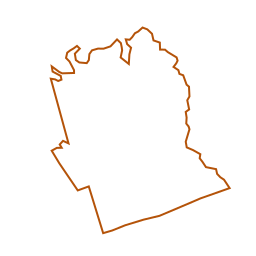 the district of Nova Bassano, Rio Grande do Sul, Brazil, rotated 73°
{"feature_id": "56859067B37994166277971", "entity_name": "Nova Bassano", "entity_type": "district", "adm_level": 2, "iso_a3": "BRA", "parent_name": "Brazil", "parent_adm1": "Rio Grande do Sul", "projection": "natural_earth1", "projection_center": [-51.791, -28.727], "detail": "fine", "context": "isolated", "style": "outline", "palette": "amber", "viewbox_px": 256, "rotation_deg": 73, "n_neighbors": 0, "source": "geoboundaries", "source_scale": "gbopen_adm2", "svg_char_len": 1228}
<svg xmlns="http://www.w3.org/2000/svg" viewBox="0 0 256 256"><g transform="rotate(73 128 128)"><path d="M58.3,187.4L125.3,189.4L121.3,193.9L123.8,198.1L127.5,197.2L126.2,201.9L127.4,207.6L141.7,204.0L173.0,194.3L172.4,182.6L221.3,182.5L221.4,173.1L220.2,159.2L220.2,139.9L221.2,123.6L217.5,88.2L216.5,79.2L215.2,48.4L205.5,51.3L202.1,54.1L197.9,56.2L193.1,55.8L188.2,64.9L182.1,66.7L177.9,68.3L174.2,66.5L168.1,72.3L163.7,77.5L158.0,76.8L152.9,73.4L147.2,69.6L144.3,69.6L140.8,71.0L135.2,68.9L129.5,68.1L128.1,64.1L118.8,63.2L115.8,60.0L106.3,57.6L103.7,59.3L93.7,59.8L91.3,63.0L87.4,62.9L82.9,66.6L80.3,63.0L78.1,60.9L74.7,60.9L67.1,67.7L63.9,69.7L62.4,74.4L55.6,72.6L51.7,78.0L44.9,77.5L39.3,80.7L36.2,84.7L38.7,90.0L39.4,93.7L42.4,97.5L44.1,100.6L42.6,104.2L47.5,104.3L52.1,101.6L57.9,105.1L67.0,108.5L58.4,114.4L52.0,110.9L49.0,110.4L44.7,110.0L40.1,112.6L44.8,120.9L45.0,128.2L43.3,133.5L43.2,139.7L46.0,143.3L51.6,145.6L53.9,148.5L51.1,155.4L47.8,158.0L41.4,157.1L38.0,150.9L34.6,152.8L36.0,156.8L36.9,160.6L38.2,164.1L42.9,166.8L47.3,164.5L56.9,162.7L59.6,163.5L56.5,174.9L54.4,177.3L46.8,182.9L52.0,183.6L58.5,177.1L62.3,177.5L62.6,181.1L60.2,183.5L58.3,187.4Z" fill="none" stroke="#b45309" stroke-width="2"/></g></svg>